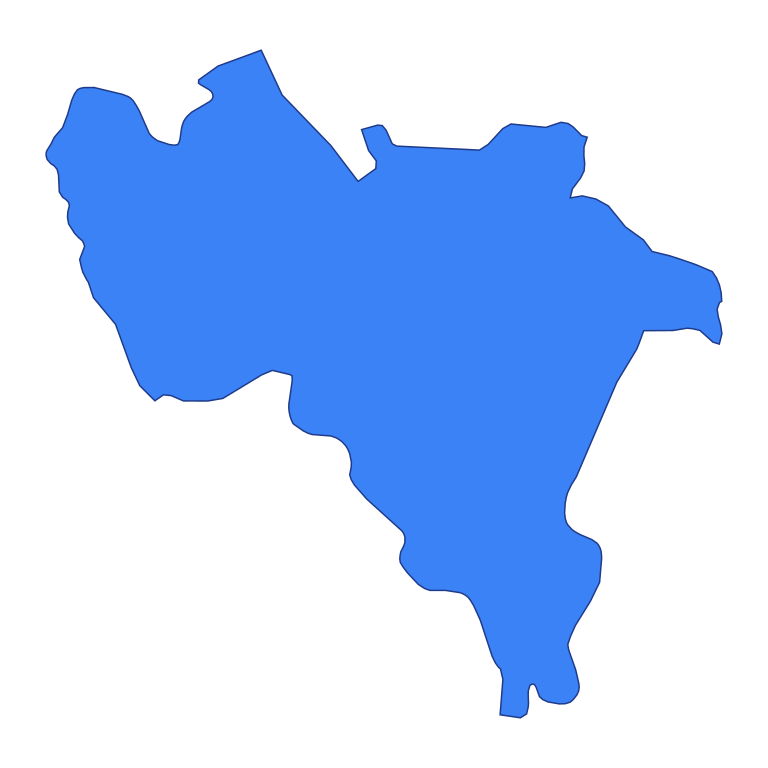 Pavia, orthographic projection
{"feature_id": "ITA-5449", "entity_name": "Pavia", "entity_type": "Province", "adm_level": 1, "iso_a3": "ITA", "parent_name": "Italy", "parent_adm1": "", "projection": "orthographic", "projection_center": [9.018, 45.044], "detail": "fine", "context": "isolated", "style": "filled", "palette": "blue", "viewbox_px": 768, "rotation_deg": 0, "n_neighbors": 0, "source": "natural_earth", "source_scale": "10m", "svg_char_len": 2978}
<svg xmlns="http://www.w3.org/2000/svg" viewBox="0 0 768 768"><path d="M261.2,50.2L282.1,95.0L330.8,145.5L358.1,181.4L375.8,168.6L376.3,160.9L368.6,150.6L361.6,129.6L377.7,125.1L382.3,125.6L386.1,130.2L392.3,143.9L396.8,146.1L479.4,150.1L488.2,144.4L502.8,128.6L511.0,124.0L545.8,127.4L561.0,122.3L568.0,123.5L573.1,126.9L581.7,135.6L587.2,137.2L584.0,147.0L583.9,155.7L584.7,163.6L584.1,170.9L580.6,178.0L572.4,188.9L570.2,197.9L582.3,195.9L595.9,199.0L608.4,206.0L625.4,226.9L643.4,239.9L652.1,251.5L670.0,255.9L679.9,259.1L696.3,264.8L712.2,271.6L716.4,277.8L719.4,284.9L721.2,292.8L721.7,301.4L719.5,302.5L717.1,309.2L718.3,316.8L720.6,325.0L721.9,333.7L719.3,344.1L712.9,342.1L699.9,330.4L692.5,328.7L686.9,328.2L673.0,330.5L643.7,330.7L639.3,342.8L636.8,349.0L616.8,382.2L576.3,476.9L571.3,484.9L567.7,492.4L566.3,497.2L565.2,503.2L564.6,513.0L565.3,518.7L566.6,522.8L568.1,525.3L572.0,529.6L574.5,531.4L579.9,534.5L591.9,539.6L596.8,543.0L598.6,545.2L600.0,547.8L601.0,551.0L601.5,554.9L601.6,558.9L599.6,582.3L590.3,601.4L575.4,625.4L570.4,636.6L567.8,644.4L568.3,648.0L569.1,651.1L575.7,669.8L578.8,683.4L579.2,687.0L578.6,691.2L576.9,694.9L573.2,699.6L570.1,702.2L565.3,703.7L559.3,703.9L547.8,701.9L542.7,699.5L539.5,696.7L536.2,687.4L534.6,684.7L532.5,684.0L530.0,685.2L528.3,690.8L528.2,695.0L528.5,703.3L528.2,707.0L526.6,713.9L520.4,717.8L500.1,714.8L502.9,679.4L500.5,669.0L498.3,667.0L495.4,662.9L492.1,656.2L480.3,620.2L473.6,605.5L470.8,600.8L468.2,597.4L465.9,595.5L463.3,594.0L460.3,592.7L445.5,590.4L429.9,590.4L424.6,588.5L418.3,584.4L407.7,573.1L403.2,567.2L400.3,562.4L399.8,558.9L400.1,555.4L400.8,551.8L403.8,545.8L404.9,542.4L404.9,536.8L403.6,533.3L401.7,530.7L366.8,499.1L354.5,485.1L351.2,479.6L349.7,474.8L351.2,467.3L351.4,462.3L349.7,453.7L347.8,449.1L345.7,445.7L342.4,442.1L341.2,441.0L336.6,438.0L331.1,436.0L312.0,434.5L307.8,433.1L303.3,430.9L294.3,424.6L293.0,423.4L291.6,420.6L290.6,417.9L289.8,414.9L289.1,411.4L288.8,407.8L288.9,403.8L292.2,380.9L292.0,375.8L290.1,374.6L272.3,370.4L261.4,375.0L222.9,398.4L207.9,401.0L183.4,400.9L171.1,395.6L163.5,394.8L154.9,400.8L139.8,385.7L131.2,367.5L115.6,324.4L93.5,297.7L88.2,281.8L87.0,280.3L82.9,272.3L81.5,267.7L79.7,259.5L84.6,246.4L83.8,243.7L82.3,240.7L78.7,237.7L74.6,233.3L68.6,223.9L67.5,217.4L67.8,212.0L69.4,205.5L68.4,202.1L65.9,199.5L62.7,197.3L59.3,191.9L58.5,174.7L57.1,169.4L54.3,165.9L50.8,163.6L47.2,159.5L46.1,155.7L46.2,152.4L47.1,150.2L51.0,144.0L54.3,137.3L55.4,136.0L62.6,127.7L67.6,114.5L71.7,100.3L74.5,93.9L77.5,89.7L80.1,88.4L83.8,87.6L94.0,87.5L122.3,94.3L128.3,96.6L130.8,98.3L133.0,100.5L136.3,105.5L139.3,110.9L149.4,133.8L152.7,137.3L157.5,140.7L169.1,144.5L174.2,145.2L177.7,144.6L179.1,142.3L180.0,139.2L181.6,128.0L182.5,124.6L183.7,121.4L185.4,118.6L187.3,116.2L191.6,112.2L209.4,101.7L212.0,99.5L213.0,96.9L212.7,93.9L211.2,91.5L209.0,89.6L200.9,84.9L198.5,83.1L198.7,79.9L218.1,66.0L261.2,50.2Z" fill="#3b82f6" stroke="#1e3a8a" stroke-width="1.5"/></svg>